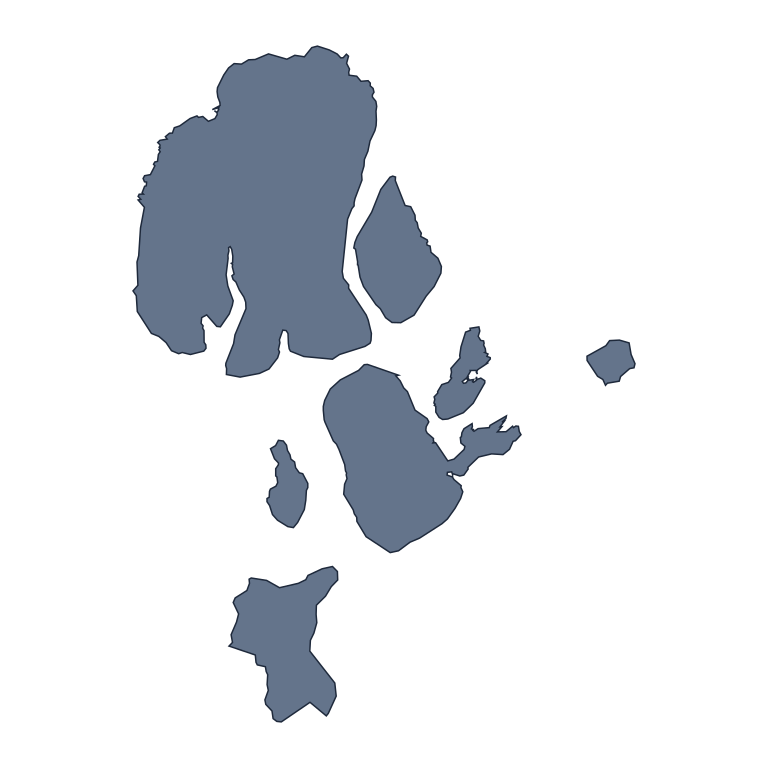 the district of Skjervøy nor, Troms, Norway
{"feature_id": "86288312B92584171254866", "entity_name": "Skjervøy nor", "entity_type": "district", "adm_level": 2, "iso_a3": "NOR", "parent_name": "Norway", "parent_adm1": "Troms", "projection": "albers", "projection_center": [20.765, 70.027], "detail": "fine", "context": "isolated", "style": "filled", "palette": "slate", "viewbox_px": 768, "rotation_deg": 0, "n_neighbors": 0, "source": "geoboundaries", "source_scale": "gbopen_adm2", "svg_char_len": 6103}
<svg xmlns="http://www.w3.org/2000/svg" viewBox="0 0 768 768"><path d="M317.4,46.1L311.8,47.6L304.4,56.8L294.8,55.3L286.9,59.2L268.5,53.9L255.2,59.5L248.6,59.8L241.5,64.1L234.1,63.6L228.6,67.9L223.8,74.9L217.5,87.6L217.1,91.6L217.8,96.9L219.9,102.5L220.1,105.5L212.3,109.6L218.8,107.6L218.3,109.3L218.7,109.6L217.1,112.4L214.4,110.7L217.0,112.7L217.2,114.7L214.9,118.6L208.4,121.3L202.8,116.5L198.5,117.4L197.0,115.9L190.1,118.5L179.7,125.9L174.3,127.7L172.4,133.1L169.5,133.2L165.4,136.6L167.2,139.1L160.0,140.3L157.7,142.5L159.8,144.6L160.1,145.9L159.1,147.2L160.2,148.0L158.8,149.8L160.2,151.7L158.4,154.4L157.5,161.4L154.8,162.0L153.5,164.3L154.9,165.8L150.4,174.6L144.6,175.7L143.1,178.5L144.5,181.8L146.6,182.1L146.3,185.8L144.6,186.3L142.1,192.8L143.4,194.1L139.2,194.2L138.1,196.4L140.8,199.3L138.1,200.0L144.4,207.3L140.5,228.0L138.7,255.7L137.0,262.0L137.9,285.3L133.0,290.9L136.3,295.7L137.3,311.5L151.4,333.4L158.8,336.4L166.1,342.6L171.5,350.7L178.7,353.7L182.2,352.5L190.4,354.5L203.8,351.1L206.0,348.3L205.8,344.8L204.1,342.3L204.0,330.6L202.6,328.1L203.1,325.9L201.1,323.3L201.7,317.6L206.7,314.9L216.8,326.4L220.4,326.8L229.3,313.9L232.3,305.4L233.2,300.8L227.8,285.9L226.1,274.8L228.1,258.4L227.9,255.4L228.9,250.9L228.6,247.6L230.2,246.6L231.7,249.3L232.8,256.1L232.6,262.7L231.3,263.3L232.6,264.5L232.3,266.8L234.1,274.0L231.9,275.8L233.1,279.5L235.9,282.0L239.3,289.9L243.9,297.1L245.7,302.2L246.0,308.6L235.0,334.8L233.6,343.6L225.9,363.2L225.7,365.5L226.6,368.6L226.4,374.5L240.1,377.1L259.5,373.4L269.0,369.0L277.6,357.9L279.5,352.0L278.4,349.6L279.9,342.8L279.4,339.8L282.8,330.1L286.2,330.6L288.0,333.5L288.4,343.5L289.2,348.8L290.5,351.2L303.8,356.5L332.5,359.2L339.5,354.5L365.0,346.4L370.1,343.2L371.0,340.4L371.4,333.4L368.2,320.1L366.2,315.0L348.6,288.3L348.7,284.9L343.4,278.3L342.2,271.5L347.6,219.1L351.9,208.6L354.1,205.9L354.1,202.8L355.0,198.6L362.0,180.0L361.6,174.1L364.0,166.0L364.4,159.5L367.9,151.2L370.0,141.0L374.9,130.6L376.1,125.7L376.4,119.9L376.0,111.2L376.7,106.4L375.9,101.4L372.4,97.0L372.4,94.8L374.0,92.2L373.1,88.4L370.2,85.8L370.3,83.1L368.1,80.7L361.0,81.3L356.7,76.2L349.1,75.2L348.7,72.3L349.5,69.1L346.6,63.3L348.5,56.2L346.4,54.2L343.2,57.7L340.8,57.9L337.2,54.0L329.2,49.9L317.4,46.1ZM398.5,375.2L367.4,364.4L364.2,364.7L358.6,370.4L340.3,379.9L330.3,389.0L324.7,400.4L323.3,406.4L323.3,410.4L324.2,419.8L325.0,422.2L333.3,440.9L336.5,444.2L339.0,449.5L344.7,464.6L345.5,470.9L346.6,473.0L346.2,474.9L347.0,478.6L344.6,484.2L343.7,494.2L353.2,509.8L354.3,513.8L356.7,517.3L356.9,521.4L366.1,536.7L390.2,552.6L398.5,550.8L410.0,542.2L419.6,538.1L442.0,523.7L447.4,519.0L455.0,508.4L460.6,498.5L462.8,491.8L460.9,487.5L461.2,485.7L454.0,479.6L452.5,477.1L452.7,475.3L452.2,476.9L447.1,475.1L447.4,472.3L451.7,471.9L452.7,475.0L452.8,473.7L459.8,476.0L463.8,475.1L468.1,469.1L467.9,467.3L478.6,457.0L491.6,453.9L503.0,454.6L509.5,449.3L513.1,441.3L515.5,440.7L521.0,434.7L519.3,431.6L518.4,426.3L515.9,426.0L513.5,427.6L512.6,426.2L506.1,431.7L497.4,431.9L501.9,426.7L500.0,426.9L504.2,421.4L502.0,422.2L505.9,418.5L506.4,415.9L490.0,425.4L489.3,427.6L478.1,428.6L474.0,431.3L472.8,430.4L473.4,429.5L471.4,428.9L472.4,426.8L472.1,423.6L464.0,428.7L461.9,432.8L461.4,436.7L460.3,437.5L460.9,443.0L464.9,446.3L464.1,449.5L454.0,459.1L447.8,460.9L435.6,442.7L432.9,442.9L433.9,441.4L433.3,440.3L433.5,438.5L427.1,433.0L425.8,430.2L426.2,426.7L428.8,421.9L427.1,418.6L415.0,410.1L407.4,391.6L403.7,387.9L400.2,380.9L395.8,375.8L398.5,375.2ZM326.3,715.9L328.3,713.4L336.2,696.1L334.8,683.0L309.8,651.1L310.4,640.3L313.9,633.1L316.8,622.7L316.1,614.3L316.4,605.2L325.5,596.2L331.3,586.6L337.7,580.0L337.4,571.5L332.5,566.5L322.1,568.8L308.0,575.4L305.8,579.7L298.4,583.3L279.5,587.7L266.6,580.4L251.2,578.0L249.1,579.2L249.5,583.4L246.9,590.5L235.2,597.9L233.2,602.5L238.6,613.9L236.5,622.1L231.1,634.7L232.5,642.4L229.0,646.1L255.3,655.0L256.0,662.3L257.3,664.9L265.4,666.7L266.2,671.6L267.7,674.7L267.1,684.6L268.3,690.4L264.9,699.9L265.8,704.4L272.0,711.0L273.1,718.6L276.8,721.4L281.3,721.9L310.0,702.3L326.3,715.9ZM427.2,239.9L420.7,236.4L421.3,233.2L418.2,228.0L417.2,222.7L415.3,220.3L415.0,215.2L410.7,206.7L405.1,205.5L395.3,180.6L395.5,177.0L392.7,176.1L390.0,177.2L380.8,189.4L371.7,212.1L357.2,236.6L354.9,242.4L353.8,248.0L355.5,249.2L357.6,261.8L357.5,264.8L358.1,265.1L360.0,277.1L363.5,286.5L375.9,304.6L380.3,308.7L385.6,317.7L392.0,322.5L400.8,322.7L414.1,315.1L426.2,296.1L434.1,286.6L440.9,273.2L441.4,266.5L437.9,258.2L431.0,252.3L430.1,246.1L427.1,245.1L426.7,242.8L427.7,241.8L427.2,239.9ZM480.7,340.4L478.2,336.3L479.8,331.0L478.9,326.9L470.0,328.3L470.4,330.3L465.6,332.1L461.0,346.8L459.7,355.6L460.1,357.9L450.9,368.4L451.5,372.2L450.5,377.0L451.6,378.0L448.4,382.4L441.8,384.6L437.6,391.6L437.8,393.0L434.1,396.9L434.8,399.3L433.9,403.0L435.2,404.2L434.3,405.3L435.8,406.4L435.8,412.1L439.1,417.4L442.6,419.5L447.9,419.0L463.4,412.7L473.2,403.2L484.8,382.9L484.8,380.7L480.8,378.1L476.8,379.5L476.6,376.9L476.0,378.3L476.5,380.3L473.5,382.3L472.5,381.7L473.7,379.5L469.2,380.2L468.4,378.3L467.2,379.3L468.1,380.3L465.9,382.9L463.5,383.3L462.3,381.5L468.1,376.7L467.5,376.4L470.5,371.3L470.2,370.5L476.9,370.4L476.2,372.0L477.4,374.1L476.7,371.7L477.7,369.7L487.5,363.2L486.7,363.0L490.3,359.0L490.2,357.6L486.9,356.4L488.0,354.0L484.7,352.4L485.7,352.0L485.3,348.7L483.6,345.0L484.1,343.3L483.6,340.9L480.7,340.4ZM293.4,527.6L297.6,522.5L304.3,509.6L305.8,500.2L306.4,490.4L307.8,487.6L307.8,483.4L302.7,473.7L299.3,472.8L295.6,467.7L294.6,462.0L290.9,459.1L290.0,454.8L287.5,450.5L286.5,445.2L283.3,441.0L278.4,440.3L275.6,445.6L270.5,448.7L274.5,458.8L278.5,463.0L278.3,464.9L275.7,468.7L275.7,475.9L276.9,477.0L277.7,482.7L275.9,486.2L270.4,489.1L269.5,491.3L269.2,497.2L267.0,498.5L267.0,501.7L269.6,505.6L272.5,514.6L277.5,520.2L287.8,526.6L293.4,527.6ZM607.4,383.2L619.2,381.2L620.6,376.5L629.7,368.6L634.0,367.8L635.0,363.7L631.1,354.5L629.1,342.9L619.4,340.1L609.6,340.6L605.9,345.7L587.0,356.2L587.1,360.5L597.6,376.3L602.9,379.5L605.5,385.3L607.4,383.2Z" fill="#64748b" stroke="#1e293b" stroke-width="1.5"/></svg>